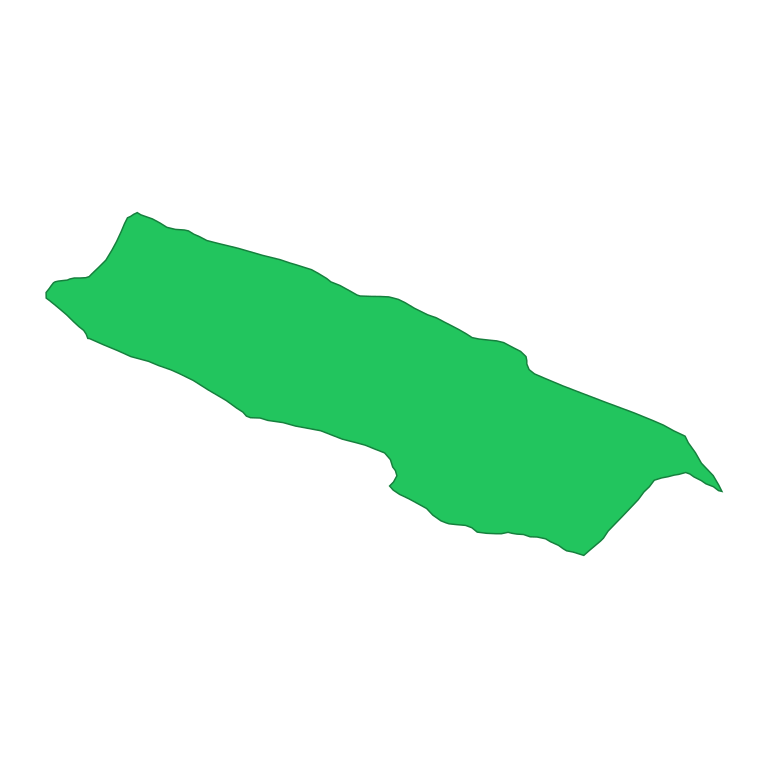 the district of Jokkmokk, Norrbotten, Sweden
{"feature_id": "70781695B36834641182296", "entity_name": "Jokkmokk", "entity_type": "district", "adm_level": 2, "iso_a3": "SWE", "parent_name": "Sweden", "parent_adm1": "Norrbotten", "projection": "robinson", "projection_center": [18.54, 66.923], "detail": "fine", "context": "isolated", "style": "filled", "palette": "green", "viewbox_px": 768, "rotation_deg": 0, "n_neighbors": 0, "source": "geoboundaries", "source_scale": "gbopen_adm2", "svg_char_len": 2326}
<svg xmlns="http://www.w3.org/2000/svg" viewBox="0 0 768 768"><path d="M429.7,511.8L432.8,515.1L440.9,520.8L445.9,522.8L449.0,523.8L456.4,524.6L465.6,525.4L471.8,527.7L477.2,532.1L486.5,533.3L495.8,533.7L501.5,533.7L508.1,532.3L512.0,533.3L517.0,534.1L523.5,534.5L530.1,536.8L537.1,537.0L545.6,538.8L550.6,541.8L558.4,545.3L563.4,548.9L566.6,550.8L572.8,552.0L583.8,555.4L589.6,550.3L600.6,541.0L603.5,538.1L603.6,537.9L608.2,531.0L623.1,515.6L638.2,499.7L643.9,492.0L649.3,486.8L654.3,480.2L661.7,477.9L668.1,476.7L674.2,475.1L678.7,474.4L685.7,472.5L689.9,474.0L693.9,476.9L701.3,480.6L705.9,483.8L713.4,486.7L718.5,490.6L721.9,491.4L718.8,485.2L713.2,475.6L701.4,463.2L695.4,452.7L688.3,442.8L685.1,436.2L673.5,430.7L663.4,425.1L653.0,420.6L634.1,412.9L605.6,402.3L581.0,392.9L562.6,385.8L544.5,378.2L534.5,373.9L529.1,369.6L526.8,364.0L526.8,360.7L526.0,356.6L520.6,351.4L513.3,347.7L503.7,342.6L496.8,340.9L488.8,340.1L478.9,339.0L472.1,337.6L466.7,334.1L459.1,329.7L450.7,325.3L444.2,322.0L436.5,317.9L427.4,314.7L414.5,308.3L405.3,302.8L398.4,299.4L392.8,297.9L388.8,296.9L380.4,296.5L371.3,296.4L360.1,296.0L357.0,295.0L351.4,291.8L340.0,285.5L330.9,281.9L326.7,278.5L318.8,273.7L311.6,269.7L304.0,267.3L296.1,264.8L289.6,262.9L280.5,259.8L262.4,255.3L238.2,248.3L225.9,245.3L221.3,244.2L214.5,242.5L206.8,240.5L199.6,236.7L193.8,234.2L188.5,230.9L184.4,230.0L175.4,229.4L166.8,227.3L160.0,223.0L152.4,218.9L144.7,216.2L140.8,214.8L137.2,212.6L136.5,213.0L133.7,214.3L130.6,216.4L127.5,217.8L124.6,223.5L121.2,231.6L116.6,241.5L112.0,250.0L105.9,260.1L98.5,267.5L94.6,271.2L91.7,274.0L89.2,276.6L85.8,277.7L80.2,278.0L74.3,278.0L69.8,279.0L67.3,280.1L63.4,280.5L58.3,281.1L55.2,281.8L53.5,282.8L51.0,286.0L49.5,288.2L46.1,292.5L46.2,298.1L49.3,300.4L57.3,306.9L66.6,314.8L73.8,321.9L79.0,326.7L83.7,330.4L86.2,334.2L87.8,338.4L89.6,338.6L103.6,344.8L117.6,350.6L130.9,356.6L148.4,361.3L159.0,365.7L170.8,369.8L178.7,373.3L193.2,380.4L208.0,389.8L226.2,400.5L236.8,408.2L242.9,412.1L246.4,416.1L250.5,417.7L260.1,418.0L267.8,420.4L283.1,422.6L295.7,426.1L320.6,430.7L342.4,439.2L355.8,442.6L365.0,445.1L375.4,449.3L384.6,452.9L390.4,459.6L392.7,467.0L395.4,470.6L396.9,475.8L393.5,482.0L389.6,486.0L393.1,490.0L399.6,494.4L408.9,498.8L426.6,508.5L429.7,511.8Z" fill="#22c55e" stroke="#15803d" stroke-width="1.5"/></svg>